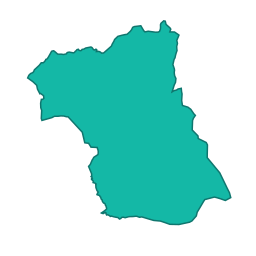 the district of Faskari, Katsina, Nigeria, rotated 263°
{"feature_id": "59680162B51925471610757", "entity_name": "Faskari", "entity_type": "district", "adm_level": 2, "iso_a3": "NGA", "parent_name": "Nigeria", "parent_adm1": "Katsina", "projection": "albers", "projection_center": [7.102, 11.712], "detail": "fine", "context": "isolated", "style": "filled", "palette": "teal", "viewbox_px": 256, "rotation_deg": 263, "n_neighbors": 0, "source": "geoboundaries", "source_scale": "gbopen_adm2", "svg_char_len": 3719}
<svg xmlns="http://www.w3.org/2000/svg" viewBox="0 0 256 256"><g transform="rotate(263 128 128)"><path d="M132.3,196.4L134.2,195.0L138.9,192.6L141.4,190.0L143.7,184.8L148.7,184.6L155.2,185.8L157.7,185.6L160.9,185.7L160.6,182.4L159.7,180.7L159.5,178.5L158.5,176.2L165.0,179.1L167.5,180.7L171.3,181.6L174.0,180.7L176.0,180.6L177.8,180.7L179.5,181.2L181.0,181.2L184.0,180.6L185.5,180.3L188.8,181.5L190.5,182.1L191.9,183.2L193.7,183.8L194.8,184.2L196.7,185.0L198.9,186.1L200.7,186.1L203.2,186.3L204.6,186.9L205.9,187.4L209.0,187.1L212.9,189.3L214.0,189.9L214.4,189.5L217.6,185.9L218.3,181.2L220.9,182.5L222.2,181.9L226.2,178.4L229.5,178.0L230.0,176.5L227.9,173.5L226.5,172.8L224.2,172.6L222.2,172.2L220.1,171.1L219.5,169.8L219.7,167.1L221.6,159.8L221.3,156.6L222.6,155.5L227.9,153.2L227.9,146.6L227.3,144.9L225.1,143.5L223.6,142.0L221.1,138.5L221.1,136.6L220.8,133.4L220.2,129.1L217.5,125.5L215.9,124.6L213.4,122.7L211.3,121.5L205.4,112.9L205.5,112.3L205.5,110.9L206.7,109.9L207.6,108.4L207.7,105.9L208.8,106.3L209.1,106.6L209.5,106.4L210.0,106.0L210.1,105.5L209.9,105.2L209.5,104.6L209.6,104.2L210.0,103.3L211.2,102.7L212.2,102.1L212.7,101.5L212.9,100.9L212.7,97.9L212.5,95.6L211.7,93.9L211.6,92.0L210.7,91.2L210.5,90.4L211.0,88.9L212.2,88.3L212.0,86.9L211.0,85.9L210.5,85.0L209.5,84.0L209.2,83.1L210.5,78.9L210.4,77.5L210.2,76.7L209.6,76.3L209.4,76.2L209.0,75.5L209.0,74.8L208.8,73.1L209.5,70.4L209.5,69.4L209.9,67.2L212.3,65.1L212.7,64.7L213.0,64.4L213.7,63.7L213.6,61.9L213.3,61.4L211.6,60.2L207.7,57.3L206.6,56.3L206.2,55.6L206.1,54.8L205.2,54.3L203.9,53.0L203.1,51.9L203.2,50.9L203.3,49.8L202.1,48.6L201.4,47.9L201.0,47.5L197.9,43.2L197.2,42.2L195.6,41.3L194.6,40.3L193.9,37.9L192.4,36.0L189.9,34.5L185.5,39.3L181.5,42.6L177.6,42.9L172.7,44.7L173.0,45.4L170.4,48.1L167.7,48.1L166.8,46.8L167.0,45.5L166.7,45.4L163.3,44.3L158.7,43.9L156.0,44.5L148.1,43.1L146.0,43.5L147.6,53.8L148.6,56.4L148.2,59.8L148.2,62.8L147.7,65.8L146.7,68.2L146.4,69.9L129.4,82.1L118.6,83.3L118.4,83.9L117.6,87.1L116.5,87.5L115.4,88.1L113.5,88.9L112.4,95.1L111.0,95.2L110.4,95.5L108.2,95.6L105.9,95.2L105.2,94.8L104.0,92.4L103.6,91.5L103.0,90.4L101.5,89.4L100.8,88.7L96.4,86.1L94.7,84.2L87.0,86.3L84.9,86.1L84.5,85.7L84.3,85.4L84.1,85.5L83.9,85.8L83.8,86.2L83.3,86.2L82.4,86.4L82.4,85.9L82.1,85.6L81.6,85.5L81.2,85.6L80.9,86.0L81.0,86.2L80.8,86.4L80.3,86.5L80.1,86.8L79.4,86.9L78.2,87.3L78.2,87.2L78.0,86.9L77.9,87.1L77.5,88.2L76.5,89.4L76.0,89.4L75.8,89.1L75.4,89.1L74.0,89.0L72.4,88.9L72.0,89.2L70.8,89.3L69.4,89.7L69.1,90.1L67.9,90.6L67.0,89.7L66.2,89.7L65.9,89.1L65.5,89.2L65.4,89.7L65.0,90.2L64.8,91.0L64.1,91.7L63.2,91.9L62.8,92.4L62.2,92.5L61.4,92.6L60.3,92.9L59.8,93.6L58.7,93.6L57.9,93.8L57.5,94.1L56.5,94.6L56.4,95.2L55.3,96.1L54.3,96.1L53.2,96.7L52.3,96.7L51.9,96.9L51.1,97.0L50.1,96.8L49.4,95.7L48.8,94.8L48.3,93.9L47.8,93.0L47.3,92.0L46.9,91.2L46.5,91.8L46.3,92.2L46.1,93.3L46.4,93.7L46.8,94.2L46.6,94.7L46.8,95.0L46.9,95.4L46.5,95.8L46.2,95.7L45.7,95.8L44.9,95.9L44.4,96.1L44.2,96.3L44.5,96.8L44.4,97.0L44.1,97.8L43.4,98.7L42.9,99.4L42.4,99.6L42.4,100.1L42.6,100.8L41.7,102.8L40.9,105.2L40.3,107.2L38.7,108.4L39.0,109.7L40.1,111.0L40.0,112.7L39.3,114.2L39.9,118.1L39.5,122.3L39.5,124.6L39.3,126.0L38.0,128.5L38.1,130.8L36.8,133.8L35.3,137.2L33.1,142.3L31.7,148.8L29.7,153.0L27.3,157.8L26.0,166.8L26.2,168.7L27.0,177.6L28.0,180.2L32.4,185.1L36.0,186.4L40.1,189.6L45.7,193.9L46.9,194.9L47.6,195.4L47.8,197.0L48.3,200.6L48.5,202.1L48.7,203.6L48.9,205.4L47.9,208.0L47.2,209.6L46.2,211.8L44.2,215.8L46.4,221.5L51.4,220.8L56.1,219.1L58.5,218.3L72.3,213.6L88.9,203.0L93.3,203.6L101.5,204.8L104.0,203.9L109.0,196.4L111.6,196.5L118.2,191.5L127.6,193.0L129.8,194.2L132.3,196.4Z" fill="#14b8a6" stroke="#0f766e" stroke-width="1.5"/></g></svg>